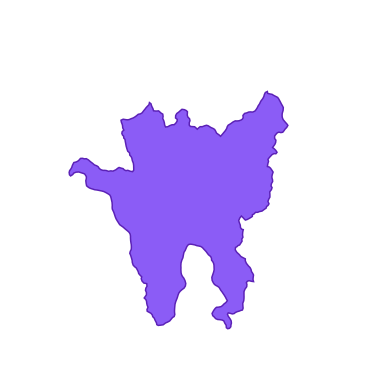 Capelinha, Minas Gerais, Brazil, rotated 217°
{"feature_id": "56859067B52370069341142", "entity_name": "Capelinha", "entity_type": "district", "adm_level": 2, "iso_a3": "BRA", "parent_name": "Brazil", "parent_adm1": "Minas Gerais", "projection": "albers", "projection_center": [-42.499, -17.703], "detail": "fine", "context": "isolated", "style": "filled", "palette": "violet", "viewbox_px": 384, "rotation_deg": 217, "n_neighbors": 0, "source": "geoboundaries", "source_scale": "gbopen_adm2", "svg_char_len": 6067}
<svg xmlns="http://www.w3.org/2000/svg" viewBox="0 0 384 384"><g transform="rotate(217 192 192)"><path d="M279.8,237.8L278.9,235.8L279.2,233.6L279.4,231.9L279.4,230.0L279.5,227.6L279.5,225.2L280.2,223.4L281.7,221.7L282.2,219.5L282.7,217.8L283.5,215.8L284.8,213.8L285.8,212.0L287.0,210.8L288.5,209.9L290.8,208.7L291.9,206.6L290.5,205.3L288.7,204.2L287.4,203.2L285.9,201.5L283.7,200.4L284.1,198.2L283.3,196.6L281.9,195.7L280.2,195.4L278.9,194.0L277.2,193.7L275.7,192.2L273.7,190.4L272.3,189.1L270.2,187.5L267.9,185.9L265.5,185.7L263.9,184.0L261.9,183.6L260.4,182.8L258.5,181.1L256.3,179.8L254.6,178.1L253.1,176.2L251.7,174.4L251.7,172.5L253.8,171.4L256.3,170.7L257.6,169.3L259.3,168.9L261.1,169.2L263.3,168.3L265.0,167.7L265.6,166.3L266.2,163.9L267.7,161.1L269.6,160.0L271.1,158.3L273.5,157.5L274.8,156.7L276.1,155.7L278.2,155.0L280.2,155.0L282.1,155.7L283.9,155.6L286.2,154.9L288.7,155.1L291.3,155.1L294.1,155.3L296.5,155.0L297.9,153.7L299.6,153.1L301.3,151.7L301.4,149.7L301.7,148.1L302.5,146.4L304.1,144.4L303.6,141.5L302.8,139.1L302.6,137.3L302.6,135.4L301.9,133.7L300.2,132.0L298.6,131.8L297.8,134.0L297.7,136.2L296.5,138.1L294.4,139.9L292.3,140.6L290.4,141.3L288.7,141.8L287.1,141.3L285.5,140.6L284.5,139.1L283.6,137.1L281.8,135.2L279.9,133.5L278.1,133.4L276.5,133.5L274.8,133.9L272.7,134.7L271.2,135.2L268.9,136.5L266.8,137.5L264.7,138.5L262.7,139.3L260.5,139.7L257.4,140.1L255.7,140.1L254.2,139.4L252.8,138.3L251.5,137.2L249.6,135.6L247.7,133.4L246.6,131.8L245.4,130.4L242.2,128.7L238.2,125.9L236.5,124.9L234.4,124.0L230.1,122.4L225.7,122.5L223.4,122.3L219.3,122.1L217.8,121.9L216.0,121.1L214.6,119.8L213.4,118.2L211.7,116.2L210.1,114.6L208.8,113.4L207.3,111.6L206.0,109.7L205.6,107.5L204.8,105.6L203.2,104.7L201.6,103.6L198.7,101.4L197.3,99.8L195.0,98.2L192.9,97.8L190.8,97.8L189.0,97.0L187.0,96.0L185.5,94.8L183.3,94.3L181.1,94.0L180.4,92.2L178.3,90.8L175.6,90.3L173.0,91.6L171.2,89.6L171.0,87.5L170.0,85.5L167.9,84.3L166.5,82.4L166.4,78.6L164.1,78.3L162.5,77.3L161.1,75.8L159.7,74.6L157.8,73.5L157.2,71.0L156.0,69.8L151.9,70.4L149.9,70.0L148.3,68.8L146.2,68.5L144.2,67.3L141.6,66.1L140.3,64.9L138.7,65.1L137.2,66.5L135.1,68.6L134.3,71.5L133.2,73.4L132.2,75.6L132.0,80.1L131.3,81.8L132.0,83.8L133.7,85.6L134.7,86.9L135.9,88.7L136.9,90.3L138.0,92.1L139.0,94.6L140.1,98.6L141.1,101.3L141.7,103.4L141.7,105.7L141.2,108.1L140.5,110.4L140.7,112.9L141.9,115.2L144.4,117.1L146.8,118.3L148.8,118.8L150.6,119.7L152.1,120.9L153.3,122.3L154.3,123.5L155.2,124.8L156.6,126.5L158.1,128.8L159.1,131.4L159.7,134.0L160.8,136.2L162.1,138.9L162.3,141.3L163.3,145.4L163.2,147.9L161.9,149.4L160.3,150.3L157.8,151.5L156.0,152.0L153.8,153.1L152.1,153.8L150.2,153.9L148.3,153.5L146.4,153.2L144.8,152.9L143.2,152.4L141.1,151.8L138.3,151.7L136.6,150.8L135.3,149.3L133.6,148.9L131.8,148.0L130.5,146.9L127.5,143.2L126.5,140.9L124.8,135.8L122.7,133.5L120.3,132.3L118.4,131.7L116.4,131.8L114.8,132.1L112.9,132.1L109.8,130.8L108.2,130.4L106.5,129.8L104.1,129.0L101.9,128.1L100.1,127.2L98.4,126.5L98.4,124.2L99.1,121.7L99.3,119.7L99.8,118.0L101.3,116.2L103.1,114.6L103.4,113.0L103.4,110.6L102.9,107.1L101.0,105.7L99.4,105.6L96.9,105.1L94.8,105.6L92.6,107.0L90.8,107.9L89.0,108.2L86.9,107.0L84.5,106.1L82.9,104.3L81.2,104.3L80.0,105.7L79.9,107.7L80.9,109.3L81.6,111.0L83.1,112.6L84.7,113.4L86.4,114.0L88.3,114.6L90.1,115.7L90.3,117.3L88.5,118.1L86.4,118.9L85.2,120.3L84.8,121.9L83.9,123.6L82.6,125.3L81.8,126.7L80.7,128.1L81.3,130.0L82.6,131.4L84.5,133.7L85.2,136.2L86.2,137.9L87.3,139.5L88.4,140.9L90.5,143.7L91.2,146.2L91.3,149.3L92.5,151.2L94.0,152.3L94.1,154.0L93.1,155.5L90.7,156.5L88.9,157.5L90.7,158.9L91.8,160.7L92.9,162.7L94.4,163.5L96.6,164.3L98.3,165.7L100.2,166.6L102.4,166.9L105.7,167.8L108.0,169.1L109.2,170.7L111.4,170.3L114.1,169.9L116.7,170.5L119.8,170.8L122.6,171.8L123.9,173.9L123.2,175.4L123.0,177.0L122.1,178.3L122.4,182.8L123.9,184.4L124.1,186.5L125.8,188.1L127.4,190.6L128.4,192.8L130.0,192.2L131.9,192.8L133.5,194.6L135.6,195.9L137.5,197.3L138.2,200.1L138.1,202.5L136.0,202.3L134.1,201.9L132.5,201.7L131.4,203.2L130.5,205.1L129.7,207.0L129.1,208.8L130.1,210.2L129.3,211.7L129.0,214.0L127.3,215.3L126.4,216.9L124.6,218.9L123.8,221.7L123.1,223.7L123.7,225.3L123.2,227.1L123.4,228.9L125.7,230.2L126.4,232.6L126.7,234.8L128.3,236.9L130.0,238.9L130.0,241.7L130.7,243.7L132.5,244.4L133.6,246.5L133.9,248.9L135.0,250.2L136.4,251.2L137.5,252.4L138.4,254.3L139.2,256.7L141.3,257.5L143.7,258.3L145.4,258.4L147.1,257.7L148.4,260.1L149.3,262.5L151.0,263.8L151.0,266.1L150.8,267.7L150.6,269.9L149.7,271.9L148.0,273.1L148.0,274.9L150.3,275.7L152.5,276.0L154.4,276.0L154.5,280.0L155.0,281.9L156.2,283.9L158.3,284.5L159.7,286.5L159.7,288.5L159.5,290.7L158.6,292.1L156.8,292.9L155.5,294.3L155.4,296.3L155.5,298.2L155.2,300.5L155.5,302.9L157.0,303.4L158.5,303.7L160.5,304.1L162.9,304.7L164.9,306.0L166.3,307.6L167.3,309.2L168.3,311.9L169.9,314.4L171.7,315.3L173.8,316.2L175.8,317.2L178.7,318.5L180.5,319.1L183.4,318.6L185.1,318.3L186.8,318.2L188.8,317.2L190.9,316.3L192.3,317.6L193.3,315.6L192.9,313.5L192.1,311.5L191.7,309.2L191.7,305.9L191.1,303.0L191.0,300.6L190.6,298.8L190.4,296.5L190.5,294.4L191.7,292.3L193.6,291.1L194.9,289.9L195.9,288.1L197.3,286.4L197.4,283.8L195.9,282.2L195.6,280.5L196.2,278.9L197.3,277.2L198.8,275.8L200.3,274.8L201.4,272.6L202.1,270.2L202.7,268.6L203.3,267.2L203.2,265.5L202.5,263.5L202.3,260.9L202.5,256.3L202.7,253.7L204.8,253.9L207.8,253.8L209.9,254.9L211.6,255.6L213.6,255.4L215.7,254.9L219.1,254.6L220.6,254.0L221.9,252.3L223.1,250.3L224.8,249.1L225.3,247.1L225.6,245.3L227.6,245.6L229.2,245.7L231.0,244.5L232.7,243.4L234.5,243.8L235.9,245.7L236.5,247.7L238.0,249.0L240.5,249.4L242.1,250.6L243.0,252.0L244.0,253.4L245.5,253.6L247.6,253.2L249.8,252.0L250.3,249.9L250.7,247.8L251.4,245.5L251.1,243.3L249.7,241.2L247.4,241.1L246.5,239.4L246.4,237.3L246.7,235.1L248.4,233.7L249.8,231.5L250.6,229.6L252.3,228.0L254.1,229.0L255.8,230.7L257.7,232.1L259.6,233.1L260.6,235.0L262.2,236.6L264.2,236.4L267.5,236.7L269.4,235.0L271.6,233.7L273.4,235.1L274.9,235.8L276.3,236.6L277.9,237.8L279.8,237.8Z" fill="#8b5cf6" stroke="#5b21b6" stroke-width="1.5"/></g></svg>